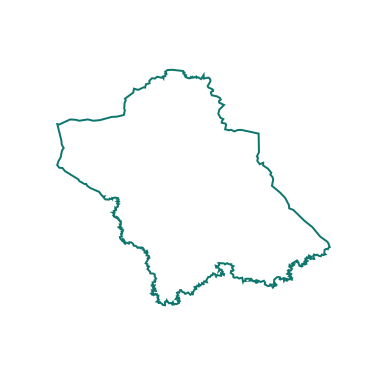 outline of Khok Si Suphan, Sakon Nakhon, Thailand, rotated 103°
{"feature_id": "78962969B94983517253563", "entity_name": "Khok Si Suphan", "entity_type": "district", "adm_level": 2, "iso_a3": "THA", "parent_name": "Thailand", "parent_adm1": "Sakon Nakhon", "projection": "natural_earth1", "projection_center": [104.331, 17.029], "detail": "fine", "context": "isolated", "style": "outline", "palette": "teal", "viewbox_px": 384, "rotation_deg": 103, "n_neighbors": 0, "source": "geoboundaries", "source_scale": "gbopen_adm2", "svg_char_len": 6006}
<svg xmlns="http://www.w3.org/2000/svg" viewBox="0 0 384 384"><g transform="rotate(103 192 192)"><path d="M225.7,53.9L225.6,52.0L223.7,51.4L223.9,49.8L222.7,47.9L222.0,49.3L218.7,49.8L217.3,48.6L217.2,46.7L215.1,46.3L214.8,45.5L211.9,47.1L210.1,48.8L206.6,57.1L199.1,66.9L194.8,75.9L186.6,89.4L186.1,93.6L183.0,94.6L176.8,99.9L172.8,106.0L168.0,115.5L161.5,115.7L159.2,117.0L157.5,119.6L155.5,119.1L152.2,123.2L150.1,128.7L147.5,129.2L149.7,132.3L146.9,135.4L143.8,135.4L142.8,136.8L138.3,135.7L120.1,140.2L120.4,158.0L121.3,161.3L123.4,164.3L122.6,168.0L123.5,169.6L123.5,173.8L118.6,173.9L117.8,175.0L117.9,178.5L116.6,178.9L113.9,177.9L113.4,180.8L109.8,184.0L105.6,183.9L100.0,180.4L98.8,185.6L97.4,186.2L95.4,184.8L94.1,186.1L93.2,189.2L93.3,194.5L91.0,196.0L89.8,195.7L88.9,194.2L88.0,194.3L87.2,195.4L86.5,199.5L85.4,200.6L80.3,199.0L78.6,199.3L77.1,200.8L76.9,201.9L78.8,206.0L75.4,207.0L79.9,208.5L78.8,212.1L79.7,213.3L78.6,214.0L80.2,216.1L80.4,217.1L79.8,217.4L80.8,218.3L80.3,219.0L81.5,219.4L81.9,220.7L81.5,223.9L80.7,223.9L80.5,224.8L79.7,224.5L79.9,225.3L78.9,225.5L78.6,227.1L77.2,227.4L77.0,226.8L76.1,227.9L77.4,239.0L78.8,243.5L80.9,245.1L81.4,244.4L82.3,244.7L82.1,243.8L82.8,243.4L83.3,244.1L85.2,244.1L85.6,245.7L87.6,245.4L86.5,246.6L87.5,247.3L87.5,251.9L89.8,253.6L90.1,256.5L93.2,258.6L95.6,257.8L97.4,261.1L100.8,261.2L100.9,262.7L104.6,267.4L104.4,271.8L108.4,271.6L116.1,278.3L117.4,277.2L120.4,277.7L126.0,276.8L127.4,275.8L132.3,275.8L135.5,282.1L136.8,286.9L142.8,298.1L144.8,304.4L144.7,309.8L147.9,317.8L147.8,321.7L148.7,327.0L156.1,336.6L156.2,338.5L170.9,331.0L175.0,329.6L178.1,326.9L180.7,328.0L188.0,327.8L191.8,329.0L196.1,329.4L198.2,326.8L197.8,323.6L200.2,320.5L205.3,305.5L206.7,304.3L208.4,298.4L208.0,296.8L209.4,295.7L211.0,292.0L212.8,282.4L215.4,279.5L216.4,277.5L216.0,276.3L217.3,276.8L218.7,274.7L218.1,271.2L217.0,270.8L217.0,268.7L216.3,268.6L216.8,268.0L215.7,267.9L214.7,265.6L214.7,264.3L215.4,264.0L214.6,262.8L216.1,261.7L218.0,263.1L218.0,261.2L220.0,262.4L220.7,261.6L220.5,260.8L221.7,261.4L222.8,260.9L224.3,262.4L225.5,262.2L224.9,263.1L227.4,262.6L228.0,263.9L229.5,263.3L229.8,264.2L230.0,263.2L230.5,263.8L231.9,262.6L232.6,263.4L233.7,262.2L234.0,260.5L233.2,260.2L233.4,259.1L233.8,258.4L234.5,258.8L235.1,257.3L235.9,257.9L235.3,256.6L236.8,255.7L236.6,254.7L239.5,254.1L239.8,255.0L240.8,254.2L240.5,253.6L241.4,254.3L242.0,253.6L242.2,254.1L242.6,253.2L243.1,255.1L244.0,253.5L243.4,252.7L244.4,252.4L244.7,250.6L246.6,250.8L246.7,251.6L248.4,250.8L248.9,251.7L251.1,250.4L252.0,252.1L253.4,251.5L254.8,249.6L253.3,249.0L253.6,248.0L254.7,247.0L255.7,247.8L255.9,246.8L256.7,246.8L257.5,245.5L256.1,244.9L256.5,241.9L255.0,241.8L254.8,239.7L256.0,237.5L257.4,236.8L257.2,234.5L258.7,232.2L257.9,231.5L258.4,229.1L257.4,229.0L257.4,227.5L258.4,226.4L259.2,226.6L259.3,225.4L261.6,224.6L261.8,223.6L261.1,224.0L259.5,222.7L260.9,221.7L264.0,222.0L263.9,219.8L265.6,218.8L266.0,220.0L266.7,220.2L266.8,219.4L271.9,221.1L272.3,219.4L273.2,219.3L274.0,217.8L274.5,218.2L274.7,217.2L277.0,218.1L279.1,215.0L280.6,214.4L280.2,210.9L280.7,209.7L282.6,209.4L284.5,207.5L285.5,208.2L286.8,207.8L286.9,208.5L288.0,208.0L289.0,210.1L291.0,209.2L291.9,210.3L292.9,209.3L291.9,208.9L291.4,207.4L294.4,207.9L294.6,207.0L295.1,207.6L295.5,206.7L294.7,206.2L296.5,205.0L296.8,208.3L297.4,207.6L297.9,208.4L299.1,207.2L300.2,208.9L301.0,207.7L299.9,207.1L301.0,206.0L299.5,204.8L300.1,203.8L299.5,203.2L300.9,202.2L300.6,201.5L302.3,201.2L301.9,201.8L302.4,202.0L304.1,201.1L304.5,200.1L306.7,201.6L306.6,200.6L307.7,199.5L307.5,199.0L306.5,199.3L306.5,198.5L308.6,194.6L308.4,192.8L305.4,193.7L304.4,193.1L304.6,191.7L303.5,191.9L305.6,189.5L304.8,187.2L305.8,186.2L303.7,185.8L305.7,184.1L304.8,183.1L304.6,181.7L303.2,179.9L301.4,181.3L301.8,179.7L301.1,179.3L300.4,180.8L298.9,180.3L298.1,180.9L299.6,183.6L297.8,182.8L296.9,183.4L296.1,182.0L293.6,184.0L292.8,183.1L292.9,181.8L290.2,181.5L290.0,180.7L291.7,178.7L291.5,177.3L292.8,175.8L290.8,173.2L292.5,170.4L291.5,169.6L291.6,168.3L290.8,168.2L289.7,169.4L289.2,168.3L286.7,167.7L285.5,166.0L284.6,166.2L284.7,167.6L284.0,168.1L283.4,166.4L282.0,165.9L282.4,164.3L280.3,164.4L281.3,163.0L280.0,161.9L278.5,161.8L278.5,160.8L279.8,159.5L277.9,160.5L276.3,160.0L276.5,157.2L274.9,158.2L271.1,157.0L270.7,155.3L268.6,154.5L268.4,153.3L266.5,153.2L266.7,151.3L268.9,149.5L267.4,149.1L267.1,144.8L264.9,145.4L265.7,142.3L264.6,142.4L264.2,144.2L262.8,144.1L262.6,145.0L261.1,145.6L261.2,146.8L262.9,148.0L260.9,147.8L259.7,149.7L260.2,151.4L258.5,152.2L258.7,150.2L256.9,149.0L255.2,150.1L254.4,144.7L255.1,143.6L253.5,141.8L254.0,139.6L253.6,137.4L254.8,137.1L255.0,134.9L256.9,135.9L258.9,134.0L259.9,134.8L260.0,136.1L262.1,136.1L263.3,133.2L265.7,132.5L266.0,131.2L264.9,128.9L265.7,126.7L264.2,123.8L268.1,122.0L266.8,121.7L266.7,119.7L264.8,120.4L264.2,119.3L263.3,114.9L263.8,114.1L265.3,115.5L264.7,113.4L265.2,112.0L263.4,109.3L263.9,108.8L265.2,110.3L266.1,109.0L265.1,107.6L263.6,107.3L264.2,104.8L262.3,102.0L264.2,100.2L265.6,100.3L266.6,96.7L265.8,95.1L264.6,95.2L264.3,94.3L266.9,91.7L265.6,91.2L264.5,89.5L263.5,92.0L262.6,91.6L262.6,90.1L261.5,91.7L259.0,92.2L256.2,90.3L255.3,88.4L255.4,86.9L257.3,86.9L257.4,86.2L255.3,83.4L257.7,82.4L255.3,81.7L255.4,80.8L256.9,80.7L257.1,79.6L255.4,79.3L255.6,78.1L254.6,77.4L255.0,75.1L253.4,75.1L253.4,76.4L252.3,76.5L252.4,78.4L249.7,76.8L249.2,78.5L250.6,79.0L250.3,80.8L248.1,79.3L247.1,80.9L246.2,80.2L246.3,78.1L244.2,77.3L242.9,80.4L241.1,80.5L242.0,78.1L240.6,76.5L239.4,76.1L239.8,78.0L239.3,78.5L235.1,74.3L235.6,73.6L236.6,74.7L236.9,72.3L239.7,70.8L239.9,68.3L239.3,67.7L238.3,68.8L237.1,68.4L237.3,65.7L236.3,64.4L235.4,65.1L236.2,66.7L234.7,66.9L234.0,66.5L234.7,65.0L233.3,63.9L233.0,65.7L231.8,65.3L231.7,67.3L231.1,65.8L229.8,65.4L230.2,63.3L227.7,63.8L228.2,61.4L230.0,62.3L230.6,61.4L229.8,60.3L229.7,57.9L226.9,59.5L225.4,59.0L225.9,57.3L224.9,56.0L225.7,53.9Z" fill="none" stroke="#0f766e" stroke-width="2"/></g></svg>